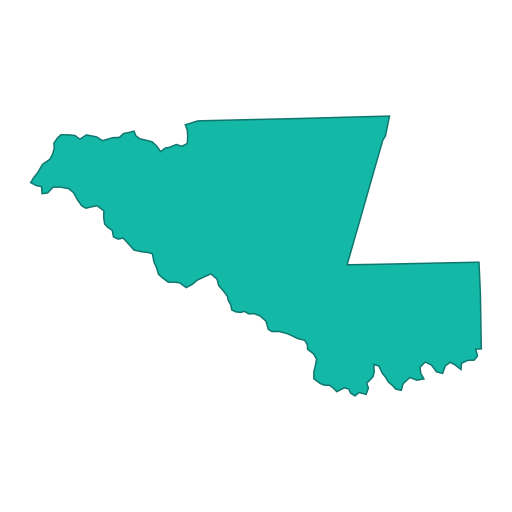 Missal, Paraná, Brazil (orthographic projection)
{"feature_id": "56859067B64572394282984", "entity_name": "Missal", "entity_type": "district", "adm_level": 2, "iso_a3": "BRA", "parent_name": "Brazil", "parent_adm1": "Paraná", "projection": "orthographic", "projection_center": [-54.267, -25.107], "detail": "fine", "context": "isolated", "style": "filled", "palette": "teal", "viewbox_px": 512, "rotation_deg": 0, "n_neighbors": 0, "source": "geoboundaries", "source_scale": "gbopen_adm2", "svg_char_len": 2000}
<svg xmlns="http://www.w3.org/2000/svg" viewBox="0 0 512 512"><path d="M389.5,116.1L361.4,116.8L298.7,118.5L204.2,120.7L197.9,120.9L185.3,124.8L187.3,130.3L187.7,135.9L187.3,143.5L181.8,146.3L176.3,144.5L169.3,147.4L165.3,148.0L160.7,151.6L156.8,146.2L152.2,141.8L147.2,140.5L139.9,138.8L135.7,135.7L134.1,131.1L128.2,132.7L123.6,133.5L119.4,137.4L112.7,137.7L102.6,140.7L96.6,136.9L86.4,134.9L79.9,139.2L74.9,135.5L68.3,134.8L61.0,134.8L57.6,137.9L53.9,143.1L54.3,148.1L52.8,153.7L49.8,159.3L42.5,164.4L37.9,172.3L33.7,177.7L30.7,182.6L36.4,185.6L41.5,186.6L42.1,193.7L47.7,192.9L53.1,187.1L60.5,187.1L68.8,188.7L73.5,192.6L77.7,200.1L81.8,205.9L85.9,208.2L91.3,206.9L97.0,205.7L103.8,210.8L103.8,218.4L104.7,224.1L107.8,227.3L112.2,230.3L113.5,236.9L118.2,239.1L123.1,238.1L127.7,243.0L134.0,250.1L142.0,251.8L148.2,252.5L152.4,253.8L154.0,262.1L156.5,267.5L158.5,274.3L163.1,278.3L168.3,282.2L174.0,282.2L179.5,282.7L186.2,287.6L192.2,284.4L197.3,280.1L210.9,273.8L217.1,279.2L218.6,285.4L223.6,291.2L227.3,296.1L228.4,300.6L230.7,304.8L231.8,310.0L236.0,311.9L240.6,312.4L244.6,311.4L248.7,313.9L254.1,313.6L260.2,316.0L266.0,321.2L268.3,329.3L271.8,331.5L279.2,331.5L287.7,333.8L297.9,338.6L304.7,340.3L307.3,344.5L307.6,349.4L313.3,353.6L316.6,359.1L315.3,365.9L313.9,371.6L313.8,378.7L320.0,383.4L324.0,385.1L329.5,385.3L333.8,388.5L336.8,391.7L344.4,387.8L348.8,389.0L350.6,393.1L355.0,395.9L359.1,392.5L366.1,394.4L368.4,388.0L366.7,383.1L369.8,380.2L373.1,376.5L374.2,371.8L373.7,364.5L378.9,366.0L382.4,373.5L385.5,377.2L388.4,382.0L392.4,385.4L395.7,389.1L401.3,390.3L403.1,383.7L409.8,377.5L416.8,380.2L423.9,378.9L420.8,373.4L420.0,367.2L425.3,362.0L431.5,365.1L436.6,371.9L442.6,373.4L445.4,365.8L450.2,362.3L455.3,365.1L461.0,369.5L461.5,363.3L467.7,360.4L474.2,360.1L477.5,356.0L475.7,349.1L481.3,348.9L480.4,294.2L479.0,262.2L377.4,264.3L347.1,264.8L355.1,236.8L357.6,228.3L374.9,167.6L382.8,140.2L385.4,136.0L389.5,116.1Z" fill="#14b8a6" stroke="#0f766e" stroke-width="1.5"/></svg>